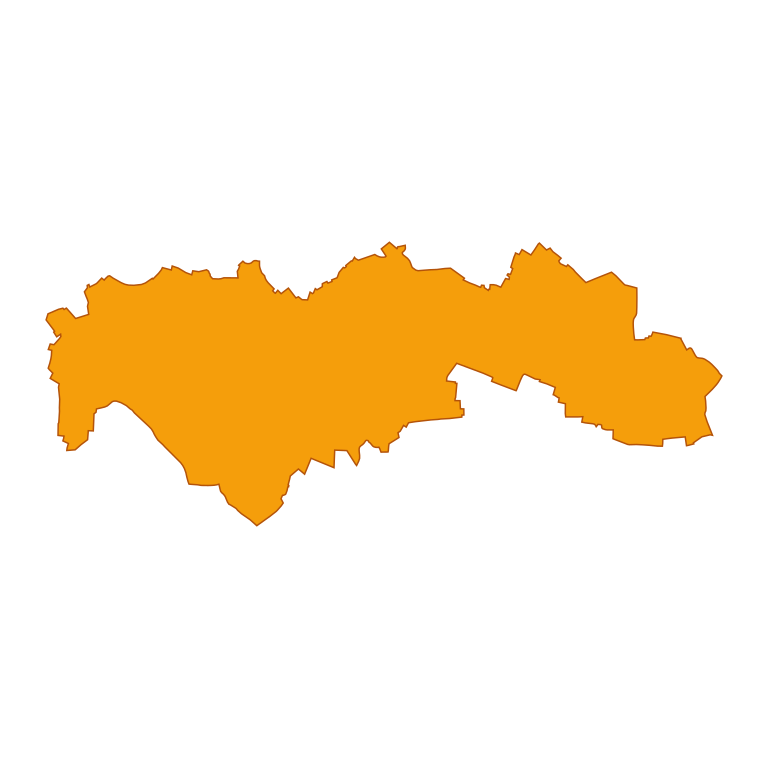 Van Lam, Hưng Yên, Vietnam
{"feature_id": "81297802B83094530275497", "entity_name": "Van Lam", "entity_type": "district", "adm_level": 2, "iso_a3": "VNM", "parent_name": "Vietnam", "parent_adm1": "Hưng Yên", "projection": "albers", "projection_center": [106.05, 20.973], "detail": "fine", "context": "isolated", "style": "filled", "palette": "amber", "viewbox_px": 768, "rotation_deg": 0, "n_neighbors": 0, "source": "geoboundaries", "source_scale": "gbopen_adm2", "svg_char_len": 6049}
<svg xmlns="http://www.w3.org/2000/svg" viewBox="0 0 768 768"><path d="M681.0,338.3L666.6,334.7L652.9,332.1L652.1,334.3L651.1,336.3L649.0,336.0L648.4,337.9L645.4,338.0L644.8,339.6L637.8,339.9L634.6,339.8L633.8,333.7L633.3,326.9L633.2,323.1L633.4,320.4L633.8,318.7L635.0,316.9L636.1,315.0L636.6,313.2L636.8,307.3L636.9,297.7L636.8,288.0L627.0,285.4L625.2,285.1L623.9,284.1L615.9,275.8L611.5,272.2L595.2,278.7L585.9,282.6L581.8,278.6L575.3,272.0L573.3,269.5L567.8,264.8L566.4,266.5L560.4,263.7L559.2,262.0L558.8,260.9L561.1,258.2L557.9,255.5L552.9,251.7L550.1,248.1L546.5,250.0L539.4,243.1L538.3,244.0L534.5,249.9L530.9,255.0L522.0,249.6L519.2,254.6L517.0,253.6L515.5,253.0L515.3,254.0L514.0,257.0L510.8,267.3L512.7,268.6L510.5,274.4L508.0,273.8L507.1,275.1L509.4,277.1L509.1,279.4L505.6,278.5L500.8,287.2L496.2,285.2L493.4,284.7L490.2,284.7L489.7,289.3L488.9,289.2L488.3,290.4L484.4,287.7L484.0,285.4L481.5,285.2L480.7,287.3L479.8,287.1L475.6,285.2L469.5,282.9L463.2,279.9L464.4,278.2L450.5,268.2L445.0,268.5L437.0,269.5L429.8,269.8L418.1,270.7L415.8,270.1L412.4,267.6L411.8,266.6L410.4,262.7L409.5,260.7L407.5,258.3L403.5,255.2L402.7,254.3L402.4,253.6L402.3,252.6L402.5,252.3L404.1,250.9L405.1,249.5L405.4,248.2L405.2,245.3L399.3,246.6L398.0,246.7L397.5,247.1L397.2,248.6L396.9,248.7L389.4,242.3L381.3,248.9L385.9,255.9L386.0,256.3L385.4,256.9L383.8,257.2L381.4,257.2L379.6,256.9L377.1,255.9L374.8,254.5L358.4,260.2L355.5,258.6L354.5,257.3L352.3,261.0L351.3,260.9L345.8,265.5L346.3,266.6L344.7,267.9L343.3,267.4L339.1,272.4L337.6,276.5L337.0,277.8L331.7,279.9L332.0,281.5L327.9,283.1L326.9,281.5L323.1,283.3L322.3,283.8L322.3,286.7L317.0,289.8L315.3,288.6L313.5,292.9L312.5,293.6L310.1,292.1L307.6,299.9L302.7,299.7L301.9,299.6L298.4,296.8L295.9,297.9L288.4,288.1L281.1,293.7L277.8,290.3L275.4,293.2L274.6,292.8L272.7,290.8L274.1,288.9L268.1,282.7L266.5,280.6L265.6,279.0L265.0,277.4L264.6,275.8L261.7,272.8L260.2,268.8L259.7,267.0L259.5,265.5L259.5,261.2L258.0,261.1L256.2,260.6L254.2,260.7L253.1,261.3L251.3,262.9L249.3,263.6L247.3,263.6L245.1,263.1L242.9,261.2L238.8,265.0L238.6,265.4L239.7,266.0L238.6,269.0L237.3,271.3L238.0,277.9L223.9,277.8L221.0,278.7L218.4,279.0L212.6,278.7L210.3,276.1L210.0,274.1L209.2,273.0L208.6,271.2L206.6,269.8L198.8,271.7L192.8,270.8L191.7,274.8L185.8,272.6L178.3,268.1L172.2,266.0L171.3,270.0L162.4,267.6L161.3,269.9L158.6,273.3L153.0,279.0L152.3,278.3L145.4,283.0L141.4,284.5L133.9,285.3L128.5,285.1L124.9,284.3L121.2,282.7L113.2,278.2L109.7,275.8L108.1,276.1L105.3,278.7L104.2,280.1L101.7,278.1L97.2,282.9L96.1,283.8L89.8,287.0L88.9,284.5L87.2,285.4L87.4,287.8L84.4,291.8L86.2,296.6L87.2,298.9L88.4,302.5L87.5,306.3L88.7,314.4L75.6,318.5L66.4,308.1L65.6,308.5L64.1,309.5L62.9,308.2L58.5,309.3L48.0,313.8L46.1,319.9L54.6,331.2L53.7,332.1L56.7,336.8L60.6,334.2L60.9,336.5L59.5,338.5L54.0,344.7L50.2,344.0L48.3,349.5L51.7,350.3L51.4,355.5L50.9,358.7L49.8,363.2L48.2,368.2L49.3,369.6L52.8,373.1L50.2,378.4L59.2,383.8L58.5,387.2L59.7,399.2L59.4,407.8L59.5,411.3L58.8,422.6L58.2,423.7L58.0,435.4L64.0,436.1L63.6,438.5L62.9,440.9L68.4,443.5L67.1,447.9L66.8,450.5L75.2,449.8L81.1,444.6L87.6,439.7L88.3,430.7L93.3,430.9L94.0,413.8L96.0,412.3L96.5,408.9L100.6,408.0L104.7,407.0L107.3,405.9L112.4,401.6L114.0,401.1L116.4,401.1L121.1,402.7L126.4,405.6L130.1,408.8L132.3,410.2L134.4,412.9L148.7,426.2L151.4,429.0L153.1,431.7L154.3,434.3L155.6,436.6L157.9,440.1L162.8,444.6L164.9,446.9L180.6,462.6L182.7,465.4L184.4,468.5L185.9,472.7L186.8,476.9L188.0,481.4L189.0,484.1L190.9,484.3L197.7,484.8L201.2,485.4L208.0,485.5L211.4,485.4L214.3,485.2L216.8,484.8L218.9,484.2L220.2,489.7L220.6,491.2L221.6,492.6L223.2,494.0L224.5,495.5L225.3,496.8L227.5,502.1L229.0,504.3L230.1,504.7L235.9,508.3L236.6,509.0L237.7,510.4L241.4,513.7L250.2,519.8L256.8,525.7L270.2,516.1L276.2,511.4L277.3,510.3L281.2,505.9L283.2,503.0L281.7,500.0L281.0,498.9L282.3,495.7L282.6,495.3L283.4,495.3L285.5,494.4L286.0,493.4L287.0,490.7L287.8,486.9L288.6,486.8L288.8,485.4L288.1,485.0L289.6,479.2L290.3,476.0L298.4,469.0L304.6,474.2L311.1,458.3L334.0,467.7L334.7,450.1L346.9,450.6L355.6,464.3L356.6,465.5L358.7,461.2L359.6,458.4L359.6,455.2L359.2,451.6L359.1,449.1L359.3,448.0L359.7,447.0L360.5,446.1L362.7,444.5L364.0,443.2L365.7,440.7L366.3,440.3L367.8,440.5L368.2,440.7L368.6,441.6L369.2,442.4L370.2,443.0L372.6,445.9L373.6,446.7L375.5,447.3L376.9,447.4L377.9,447.4L378.9,447.2L379.9,449.1L381.0,452.1L388.0,452.0L388.3,450.8L388.7,445.7L389.1,443.7L399.0,437.5L398.0,432.7L400.2,431.2L403.6,425.4L406.2,427.1L408.5,422.8L410.7,422.4L415.2,421.7L430.9,419.9L438.0,419.4L440.8,419.0L449.6,418.5L461.8,417.1L461.9,415.1L463.9,415.0L463.8,408.9L460.4,408.8L460.0,400.7L455.0,400.6L455.1,398.6L455.6,397.6L456.9,383.4L455.4,383.4L455.4,382.0L446.6,381.0L446.8,377.7L447.8,375.5L456.7,363.3L483.2,373.2L491.5,376.8L492.7,377.5L492.7,378.2L491.6,381.3L501.0,385.0L516.1,390.7L516.5,390.0L520.3,380.5L521.2,378.5L522.5,375.8L523.6,374.5L524.4,374.2L525.3,374.3L528.4,375.7L535.2,379.0L540.1,379.7L539.4,381.5L546.9,383.9L555.3,387.4L553.2,394.7L554.3,395.1L558.1,397.6L559.1,397.9L559.0,398.9L558.4,402.1L565.4,403.7L565.3,413.5L565.7,416.9L578.2,416.9L582.8,416.7L581.8,422.1L585.5,422.9L593.1,423.8L594.6,424.3L595.5,425.3L596.2,426.7L597.1,425.6L597.9,424.4L600.7,424.6L601.6,425.2L601.7,427.1L602.0,428.1L602.6,428.7L605.2,429.6L607.1,429.9L613.2,429.9L613.2,432.3L613.0,438.7L614.9,439.5L627.6,444.4L629.5,444.7L636.4,444.5L642.5,444.8L649.6,445.3L657.5,446.1L662.4,446.2L662.7,443.4L662.8,439.3L666.9,438.7L671.8,438.1L685.2,436.9L686.5,445.7L688.5,445.3L693.8,443.9L693.4,442.8L701.9,436.8L710.2,434.8L712.5,435.3L707.1,421.7L704.8,414.6L705.0,412.7L705.8,410.9L706.0,407.9L705.6,400.9L705.0,396.5L712.3,389.3L716.5,384.6L718.2,382.3L720.7,378.3L721.9,375.9L719.2,373.2L718.8,372.4L717.6,370.5L715.4,368.1L711.8,364.4L709.2,362.1L705.1,359.4L703.6,358.7L702.1,358.3L698.9,358.0L697.2,357.6L696.4,356.9L695.3,355.4L692.2,349.7L691.4,348.5L690.4,348.0L689.3,348.1L686.7,349.9L680.8,338.8L681.0,338.3Z" fill="#f59e0b" stroke="#b45309" stroke-width="1.5"/></svg>